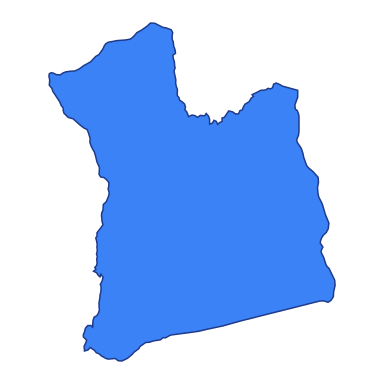 the district of Cabeceiras, Goiás, Brazil
{"feature_id": "56859067B98559858488802", "entity_name": "Cabeceiras", "entity_type": "district", "adm_level": 2, "iso_a3": "BRA", "parent_name": "Brazil", "parent_adm1": "Goiás", "projection": "albers", "projection_center": [-47.024, -15.748], "detail": "fine", "context": "isolated", "style": "filled", "palette": "blue", "viewbox_px": 384, "rotation_deg": 0, "n_neighbors": 0, "source": "geoboundaries", "source_scale": "gbopen_adm2", "svg_char_len": 3255}
<svg xmlns="http://www.w3.org/2000/svg" viewBox="0 0 384 384"><path d="M276.2,83.0L273.6,84.2L272.6,87.7L270.6,88.8L267.8,88.4L265.6,90.0L260.8,90.3L254.8,93.4L252.1,94.6L253.4,96.5L251.2,98.1L249.0,101.8L245.0,104.2L243.4,106.8L242.3,109.9L240.0,110.6L238.5,113.8L235.6,114.0L232.7,111.9L228.7,110.9L226.7,113.9L224.4,117.3L222.0,118.0L222.1,121.4L219.6,122.6L217.7,124.4L216.3,121.4L214.0,120.3L212.4,123.1L209.6,124.1L209.6,119.3L208.5,116.1L206.2,113.5L204.6,115.8L200.3,115.4L197.3,117.4L195.4,115.8L192.1,115.0L188.5,116.6L187.6,113.9L186.6,111.6L184.8,109.6L185.5,107.1L184.6,104.1L182.6,102.2L179.6,100.1L179.0,97.7L177.3,95.5L177.3,92.8L177.4,89.4L176.4,86.8L175.7,83.6L175.8,79.6L174.7,74.4L174.0,71.0L175.1,68.0L174.6,65.1L174.4,62.0L173.3,58.4L172.9,55.2L175.5,53.4L175.1,50.0L173.7,46.0L173.2,41.5L172.2,39.5L172.1,35.9L172.7,32.5L171.1,29.7L165.8,27.8L162.9,27.4L157.9,24.8L154.9,23.3L150.5,23.0L147.4,25.9L145.4,27.4L140.9,30.5L136.9,32.6L134.3,35.7L132.7,37.3L130.3,39.1L125.2,40.0L116.9,40.6L112.4,41.5L108.4,42.2L105.7,43.8L104.2,46.0L103.1,48.6L99.0,54.5L95.6,56.5L90.5,61.9L83.9,65.5L79.4,68.8L75.0,70.9L68.9,71.4L65.7,71.9L63.1,72.9L60.1,74.9L56.3,74.6L53.5,73.2L51.4,72.7L49.4,73.6L48.9,75.9L49.7,80.1L49.3,85.2L51.9,88.4L52.9,91.5L55.0,94.6L57.1,97.8L59.6,101.6L61.3,105.7L63.2,107.9L63.2,110.4L64.0,113.2L68.2,117.4L73.1,118.8L78.9,124.0L81.4,126.1L84.4,128.3L87.0,129.4L88.5,133.0L89.4,136.0L90.2,138.8L89.8,142.0L91.1,146.0L93.0,149.8L94.4,152.0L95.8,156.9L96.9,161.8L99.4,167.4L99.3,171.0L99.0,174.3L100.7,177.0L104.1,177.6L107.1,180.3L108.9,182.7L108.7,186.6L108.1,188.9L109.2,192.8L108.6,196.1L107.4,199.0L106.2,201.8L103.3,204.5L103.0,210.0L101.7,213.0L101.5,215.9L101.9,218.9L102.0,221.3L103.0,224.7L101.4,227.0L99.6,229.4L97.0,232.7L97.0,235.9L95.8,238.0L96.5,240.7L97.2,244.3L96.9,247.1L97.3,250.4L96.5,254.2L97.3,256.5L96.7,259.2L97.1,262.9L96.6,265.5L94.8,267.4L95.9,269.5L93.5,271.2L96.5,272.7L98.3,275.4L100.0,276.9L100.9,274.2L103.1,277.3L102.0,281.3L100.3,284.4L101.1,286.7L100.9,291.9L100.1,294.5L99.8,298.3L99.0,302.7L99.1,306.9L99.4,310.4L98.3,313.3L96.9,315.6L94.0,317.3L93.0,320.8L92.8,323.7L92.7,327.1L90.9,325.5L87.7,325.6L85.4,328.2L84.5,331.9L83.3,334.6L83.4,337.0L86.7,340.2L85.2,344.1L84.1,346.2L84.5,351.0L88.1,349.9L90.2,347.5L94.4,350.3L96.3,352.7L99.2,353.9L101.4,355.9L105.9,358.5L108.3,359.1L115.3,358.5L118.1,360.7L121.9,361.0L127.5,358.3L132.5,354.1L133.9,352.3L138.8,348.7L139.9,346.6L145.5,342.6L149.9,342.1L153.5,340.9L160.5,339.8L162.9,337.7L165.7,337.8L168.9,335.9L171.1,335.0L198.6,331.3L207.4,329.2L223.0,325.9L240.4,321.0L319.9,301.0L324.2,301.0L328.0,302.3L330.9,300.5L333.4,296.6L333.6,292.1L334.2,289.4L335.1,285.3L334.7,280.2L329.0,268.3L327.3,266.8L326.0,264.7L323.7,257.5L321.3,252.7L321.3,250.3L322.9,247.0L320.2,243.0L320.7,240.3L321.9,237.3L323.7,234.8L326.2,232.6L328.2,228.8L328.9,223.1L325.2,214.0L322.7,205.3L321.8,202.9L318.8,197.2L318.0,193.5L317.5,187.5L318.5,182.4L318.1,177.3L313.2,171.8L308.8,168.1L306.7,165.7L303.7,157.3L302.9,153.2L301.2,148.2L297.4,142.6L296.6,140.1L298.5,135.2L299.0,131.2L299.0,116.9L298.6,114.0L297.2,110.5L295.3,109.1L294.9,104.9L297.7,97.2L297.7,90.3L282.4,86.1L279.9,84.6L276.2,83.0Z" fill="#3b82f6" stroke="#1e3a8a" stroke-width="1.5"/></svg>